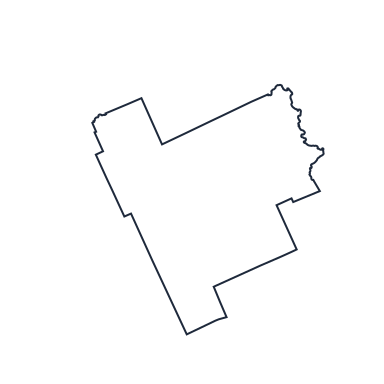 Pila, Buenos Aires, Argentina, rotated 23°
{"feature_id": "61730980B41128044473522", "entity_name": "Pila", "entity_type": "district", "adm_level": 2, "iso_a3": "ARG", "parent_name": "Argentina", "parent_adm1": "Buenos Aires", "projection": "orthographic", "projection_center": [-58.263, -36.217], "detail": "fine", "context": "isolated", "style": "outline", "palette": "slate", "viewbox_px": 384, "rotation_deg": 23, "n_neighbors": 0, "source": "geoboundaries", "source_scale": "gbopen_adm2", "svg_char_len": 5483}
<svg xmlns="http://www.w3.org/2000/svg" viewBox="0 0 384 384"><g transform="rotate(23 192 192)"><path d="M303.2,212.4L307.5,207.7L310.8,204.0L275.0,171.1L286.1,159.0L289.1,161.7L309.3,141.2L300.2,134.5L299.0,133.5L298.8,133.7L298.3,133.8L297.5,133.8L297.2,133.7L296.7,133.2L296.3,132.3L296.1,131.9L295.9,131.7L295.6,131.4L295.2,131.1L294.6,131.0L294.4,130.9L294.2,130.6L293.9,130.4L293.6,130.3L293.3,130.1L293.3,129.9L293.3,129.7L293.4,129.4L293.4,129.1L293.0,128.4L292.7,128.2L292.6,127.9L292.6,127.4L292.8,127.1L292.8,126.7L292.7,126.3L292.4,125.5L292.0,125.1L291.7,124.8L291.5,124.6L291.5,124.3L291.4,123.8L291.5,123.6L292.0,123.6L292.4,123.4L292.5,123.2L292.5,122.5L292.4,122.2L292.1,121.7L291.8,121.5L291.4,121.3L291.1,121.0L291.0,120.5L291.1,120.0L291.3,119.8L291.5,119.4L291.6,119.2L292.1,118.8L292.6,118.2L293.0,117.7L293.2,117.4L293.6,116.6L293.8,116.2L293.9,115.7L294.1,115.3L294.4,114.2L294.5,113.9L294.5,112.9L294.5,112.6L294.6,111.9L294.7,111.7L294.9,111.3L295.0,111.0L295.3,110.7L295.5,110.4L295.7,110.2L295.9,109.6L296.0,109.1L296.4,108.7L297.0,108.0L297.3,107.7L297.5,107.2L297.8,106.8L298.0,106.5L298.2,106.0L298.2,105.6L298.1,105.1L297.7,104.7L297.5,104.2L297.3,103.9L297.0,103.3L296.5,102.8L296.5,102.6L296.4,102.4L296.4,101.8L296.3,101.5L296.1,101.0L295.9,100.8L295.6,100.7L295.0,100.8L294.9,100.9L294.8,101.7L294.7,102.2L294.5,102.5L294.4,102.7L294.1,102.8L293.8,102.8L293.4,102.8L292.9,102.9L292.4,102.8L292.0,102.6L291.7,102.7L291.2,102.9L290.8,102.9L290.5,102.7L290.4,102.6L290.4,101.8L290.3,101.6L290.1,101.4L289.5,101.0L288.9,100.9L288.5,100.9L288.1,101.0L287.4,101.2L286.8,101.7L285.5,101.9L285.0,102.2L284.2,102.7L283.9,102.9L282.9,103.1L281.9,103.4L280.9,103.5L279.9,103.4L279.5,103.3L279.2,103.1L278.8,103.0L277.9,102.8L277.5,102.7L276.8,102.8L276.5,102.8L276.2,102.8L275.9,102.7L275.6,102.6L275.4,102.4L275.3,102.2L275.3,101.8L275.4,101.6L275.5,101.5L276.1,101.3L276.3,101.0L276.4,100.7L276.5,99.8L276.5,99.5L276.5,99.2L276.3,99.0L276.2,98.8L275.7,98.5L275.5,98.3L274.9,98.4L274.5,98.6L274.3,98.6L273.9,98.6L273.4,98.5L273.1,98.5L272.7,98.4L272.1,98.5L271.8,98.6L271.5,98.6L271.3,98.5L271.1,98.4L270.8,98.1L270.7,97.8L270.6,97.5L270.5,97.2L270.5,96.8L270.5,96.4L270.6,96.2L270.9,95.9L271.4,95.9L271.7,95.8L272.0,95.5L272.5,95.0L272.6,94.8L272.6,94.1L272.7,93.8L272.7,93.5L272.6,93.1L272.3,92.9L272.0,92.6L271.7,92.4L270.3,92.0L269.9,92.0L268.1,92.2L267.7,92.1L267.1,91.6L266.7,91.4L266.4,91.3L265.8,90.8L265.6,90.6L265.5,90.2L265.4,90.0L265.2,90.0L264.5,89.9L264.4,89.7L264.2,89.4L264.3,89.2L264.5,88.8L264.4,88.6L264.1,88.3L263.9,88.1L263.5,88.0L263.3,87.9L263.2,87.8L263.1,87.6L263.1,87.3L263.1,87.0L263.2,86.7L263.5,86.1L263.8,85.4L263.8,84.9L263.7,84.6L263.5,84.3L263.2,84.1L262.6,84.0L262.2,83.6L261.6,83.1L261.3,82.8L261.0,82.6L260.7,82.3L260.5,81.8L260.3,81.3L260.2,81.0L260.2,80.7L260.3,80.4L260.5,80.1L260.8,79.9L261.1,79.7L261.4,79.7L261.6,79.5L261.8,79.3L261.8,79.0L261.8,78.7L261.7,78.3L261.4,77.7L261.3,77.2L261.0,76.3L260.7,75.1L260.5,74.8L260.0,74.4L259.7,74.2L259.4,74.1L258.7,74.1L258.3,74.3L258.0,74.5L257.9,74.9L258.0,75.4L257.9,75.7L257.9,75.8L257.7,75.9L257.2,75.7L256.6,75.1L256.2,74.9L255.8,74.9L255.5,75.1L255.2,75.2L254.8,75.2L254.4,75.1L253.9,75.1L253.2,74.8L252.8,74.8L252.1,74.6L250.9,74.1L250.6,73.9L250.1,73.5L249.7,73.1L249.3,72.8L249.2,72.3L249.1,71.7L249.3,71.0L249.3,70.7L249.2,70.5L248.3,69.5L247.8,68.9L246.8,67.8L246.4,67.6L246.2,67.4L245.7,66.5L245.6,66.2L245.5,65.9L245.4,65.6L245.2,65.2L245.3,64.1L245.4,63.8L245.9,63.2L246.0,62.9L246.0,62.6L245.8,62.3L245.6,62.0L245.5,61.8L245.3,61.6L245.1,61.6L245.0,61.4L244.9,61.3L244.5,61.1L244.2,61.1L243.7,60.9L243.5,60.7L242.9,60.5L242.3,60.1L242.1,60.0L241.5,59.9L241.2,59.8L241.1,59.7L240.8,59.3L240.4,59.1L239.9,59.1L239.7,59.2L239.4,59.4L239.3,59.5L239.4,59.9L239.6,60.0L239.9,60.2L240.0,60.4L240.2,60.7L240.2,60.8L240.1,61.0L239.7,61.3L239.4,61.5L238.9,61.8L238.6,61.8L237.8,61.9L237.1,61.9L236.9,61.8L236.6,61.7L236.3,61.5L236.1,61.4L236.0,61.5L235.6,61.4L235.4,61.2L235.1,60.8L234.4,60.2L234.0,60.0L233.7,59.9L233.5,59.7L233.2,59.1L232.9,58.9L232.7,58.9L231.8,58.9L231.5,58.9L231.2,59.0L230.7,59.3L230.3,59.7L229.8,59.9L229.1,60.1L228.9,60.3L228.6,60.9L228.3,61.4L228.0,62.2L227.9,62.4L227.9,62.6L228.1,63.5L227.7,64.6L227.5,65.0L227.3,65.4L227.1,65.6L226.8,65.8L226.6,66.0L226.3,66.4L226.2,66.5L226.1,67.1L226.0,67.4L225.7,67.8L225.7,68.0L225.8,68.6L226.2,68.9L226.4,69.3L226.5,69.5L226.6,70.1L226.7,70.3L226.8,70.5L226.9,70.8L227.0,71.1L227.0,71.5L226.9,71.7L226.6,72.1L226.4,72.3L226.2,72.4L225.5,72.5L225.3,72.5L225.1,72.6L224.6,73.1L224.2,73.2L223.7,72.6L211.3,85.8L189.8,110.2L181.8,119.2L163.3,140.2L145.8,159.9L108.8,125.4L97.9,136.8L97.6,137.1L81.7,153.4L82.5,154.1L82.1,154.6L81.8,155.1L81.7,155.2L80.8,155.4L80.5,155.5L80.2,155.8L79.7,156.2L79.5,156.4L78.8,156.7L78.7,156.7L78.4,156.4L78.2,156.4L77.6,156.4L77.3,156.5L76.8,156.7L76.6,156.8L76.3,157.2L76.0,157.9L76.0,158.0L76.0,158.3L76.4,158.9L76.4,159.1L76.3,159.5L76.2,159.8L76.2,160.0L75.5,160.3L75.3,160.4L75.0,160.6L74.6,161.1L74.4,161.5L74.3,162.0L74.1,162.4L74.1,163.1L74.2,163.4L74.5,163.9L74.6,164.2L74.6,164.3L74.5,164.5L74.0,164.9L73.7,165.3L74.0,165.5L74.3,165.7L74.4,165.8L74.0,166.3L73.7,166.5L73.2,167.3L80.2,174.0L79.0,175.2L94.2,189.3L88.9,195.2L97.8,203.4L108.2,212.9L117.5,221.2L139.3,241.0L144.3,235.7L182.3,270.6L242.8,325.1L263.8,301.3L266.4,298.7L272.7,293.7L260.8,282.3L249.0,270.7L283.8,232.9L299.5,216.4L303.2,212.4Z" fill="none" stroke="#1e293b" stroke-width="2"/></g></svg>